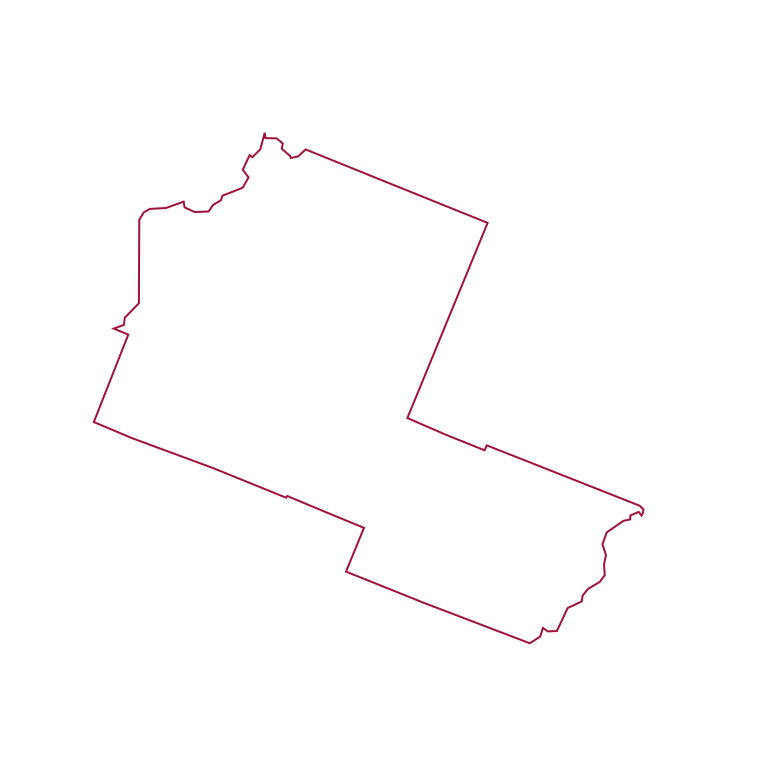 Cass, Minnesota, United States of America (Equal Earth projection), rotated 292°
{"feature_id": "52423323B75286555107284", "entity_name": "Cass", "entity_type": "district", "adm_level": 2, "iso_a3": "USA", "parent_name": "United States of America", "parent_adm1": "Minnesota", "projection": "equal_earth", "projection_center": [-94.285, 46.879], "detail": "fine", "context": "isolated", "style": "outline", "palette": "rose", "viewbox_px": 768, "rotation_deg": 292, "n_neighbors": 0, "source": "geoboundaries", "source_scale": "gbopen_adm2", "svg_char_len": 1028}
<svg xmlns="http://www.w3.org/2000/svg" viewBox="0 0 768 768"><g transform="rotate(292 384 384)"><path d="M245.1,638.2L256.5,648.8L262.2,647.4L270.4,649.9L281.4,658.2L289.4,660.3L299.4,655.5L308.4,654.0L317.2,646.6L329.8,646.1L346.8,657.2L350.7,663.0L354.4,661.7L360.8,668.1L358.5,672.1L361.5,672.4L365.0,671.5L366.9,666.6L365.6,502.2L360.2,502.1L360.1,460.2L361.2,418.4L384.6,418.6L572.2,419.7L572.1,310.6L572.1,223.5L562.7,219.0L558.7,212.9L560.2,211.7L563.8,201.1L569.1,200.1L571.5,192.3L567.6,182.0L572.2,179.3L555.2,181.4L544.9,176.9L545.8,173.7L529.8,172.8L524.8,181.0L513.1,179.5L498.1,163.7L493.2,163.9L485.9,158.4L478.3,156.8L472.5,144.1L473.1,132.9L478.0,129.9L465.5,115.9L458.7,101.4L453.0,96.9L444.6,95.6L367.0,126.5L348.3,118.8L341.4,120.7L334.1,112.7L334.0,128.4L240.0,129.2L239.4,170.9L242.0,256.7L241.9,335.8L243.9,336.2L243.4,377.5L243.1,419.3L195.8,419.1L195.9,461.2L196.0,502.4L198.2,616.2L208.4,623.5L217.3,622.7L216.0,628.6L219.7,636.8L245.1,638.2Z" fill="none" stroke="#9f1239" stroke-width="2"/></g></svg>